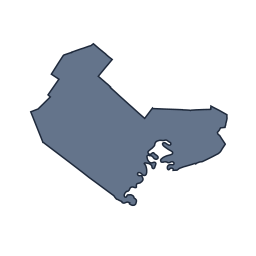 the district of Sutesti, Braila, Romania, rotated 193°
{"feature_id": "2599482B82719794647179", "entity_name": "Sutesti", "entity_type": "district", "adm_level": 2, "iso_a3": "ROU", "parent_name": "Romania", "parent_adm1": "Braila", "projection": "albers", "projection_center": [27.441, 45.228], "detail": "fine", "context": "isolated", "style": "filled", "palette": "slate", "viewbox_px": 256, "rotation_deg": 193, "n_neighbors": 0, "source": "geoboundaries", "source_scale": "gbopen_adm2", "svg_char_len": 5656}
<svg xmlns="http://www.w3.org/2000/svg" viewBox="0 0 256 256"><g transform="rotate(193 128 128)"><path d="M226.4,121.9L208.0,95.4L207.7,94.8L207.1,94.8L177.7,81.6L162.1,74.5L154.7,71.0L147.0,67.7L139.2,64.3L126.7,58.9L126.4,58.7L125.0,57.4L124.6,57.1L123.9,56.6L123.4,56.2L123.1,56.1L122.3,56.0L121.8,56.0L121.7,56.0L120.8,55.7L120.3,55.5L119.5,55.4L118.9,55.2L118.2,55.1L117.6,55.0L117.4,54.9L117.3,54.5L117.0,54.1L116.4,53.9L115.7,53.8L114.8,54.0L114.1,54.4L112.8,55.3L111.9,55.7L110.9,55.7L109.5,55.5L109.6,54.5L109.0,54.2L108.3,54.0L107.3,53.7L106.2,53.7L105.4,53.9L104.7,54.1L104.2,54.6L103.7,55.1L103.4,55.8L103.3,56.8L103.3,57.3L103.3,58.6L103.5,59.3L103.8,59.8L104.3,60.2L105.1,60.7L105.7,60.9L106.2,61.1L106.6,61.7L106.8,62.0L107.0,62.4L107.2,62.6L107.9,63.1L108.6,63.3L109.3,63.5L109.9,63.6L110.8,63.5L111.6,63.2L113.0,62.9L113.5,62.4L113.8,61.8L113.8,61.3L114.1,60.7L114.4,60.2L115.0,60.0L115.5,60.1L116.0,60.4L116.3,60.9L116.6,61.6L116.6,62.0L116.6,62.4L116.5,62.8L116.5,63.1L116.2,64.1L115.9,64.6L115.6,65.1L115.2,65.8L114.9,66.0L114.4,66.1L114.1,66.3L113.6,66.6L113.2,67.3L112.9,67.7L112.8,68.1L112.6,69.3L112.4,69.9L112.2,70.4L111.8,70.8L111.6,71.0L111.1,71.3L110.5,71.5L110.1,71.6L109.7,71.6L109.3,71.6L108.5,71.5L108.0,71.5L107.6,71.5L106.9,71.7L106.7,71.9L106.6,72.1L106.5,72.3L106.6,72.6L106.8,73.4L107.0,74.1L107.0,74.5L107.0,74.9L106.9,75.3L106.8,75.5L106.5,75.8L106.2,76.1L105.9,76.2L105.4,76.5L104.5,76.9L104.1,77.1L103.8,77.3L103.6,77.6L103.4,77.8L103.1,78.2L102.6,78.8L102.3,79.3L101.9,80.3L101.8,80.7L101.8,81.2L101.9,81.7L102.0,82.0L102.4,82.6L103.5,84.0L104.1,84.4L104.6,84.5L105.3,84.4L106.0,84.1L106.7,84.0L107.2,84.1L107.7,84.4L108.3,85.0L108.4,85.9L108.1,86.6L107.6,87.0L106.7,87.1L106.0,87.1L105.2,86.8L104.4,86.4L104.0,86.1L103.3,85.6L102.6,85.4L102.1,85.3L101.5,85.4L100.9,85.6L100.3,86.1L100.1,86.5L99.9,87.0L99.8,87.3L99.8,88.3L99.8,88.9L100.0,89.8L100.1,90.4L100.5,91.8L101.0,93.0L101.6,94.2L102.6,95.7L103.6,96.5L104.1,96.9L104.2,97.2L104.0,97.5L103.6,97.8L102.8,97.9L101.8,98.0L100.4,98.0L99.7,98.0L98.8,97.8L97.9,97.5L96.9,97.0L96.6,96.8L96.2,96.3L96.0,95.7L95.6,94.8L95.2,94.4L94.7,94.2L94.3,94.1L93.8,94.3L93.5,94.7L93.2,95.1L93.1,95.7L93.1,96.4L93.0,97.0L92.9,97.7L92.8,98.4L92.8,99.4L92.9,99.8L93.2,100.2L93.5,100.4L93.9,100.6L94.5,100.6L95.0,100.5L95.7,100.1L96.9,99.4L97.3,99.3L97.9,99.2L98.7,99.3L99.2,99.5L100.2,100.0L100.6,100.4L101.3,101.0L101.9,101.8L102.2,102.3L102.5,103.0L102.9,103.8L103.1,104.3L103.2,104.8L103.1,105.2L102.9,105.4L102.7,105.7L102.5,105.9L102.2,106.0L101.5,106.0L101.2,105.9L100.7,105.9L100.4,105.9L99.9,106.1L99.3,106.2L98.9,106.1L98.0,105.8L97.6,105.6L96.9,105.1L96.5,104.7L96.0,104.4L95.7,104.1L95.1,104.0L94.7,103.8L94.2,103.8L93.9,103.8L93.3,103.9L93.0,104.1L92.6,104.4L92.3,104.8L92.1,105.1L92.0,105.6L92.1,106.3L92.4,106.8L92.8,107.1L93.2,107.4L94.2,107.9L95.4,108.4L96.1,108.7L96.8,109.1L97.3,109.6L97.9,109.6L98.4,109.4L98.8,109.1L99.2,108.4L99.7,107.8L100.4,107.5L101.0,107.3L101.5,107.3L102.1,107.5L102.7,108.1L103.0,108.6L103.1,109.1L103.1,109.5L102.9,109.9L102.7,110.3L102.2,111.0L101.1,112.4L99.8,114.0L98.5,116.2L98.2,117.0L98.2,117.8L98.3,118.6L98.2,119.2L98.0,120.0L97.5,121.0L96.8,121.7L96.1,122.2L95.5,122.5L94.7,123.0L93.3,123.4L92.4,123.5L91.4,123.6L90.6,123.8L90.0,124.0L89.6,124.3L88.8,124.6L88.4,124.8L87.8,124.8L87.3,124.7L86.6,124.5L86.1,124.2L85.4,123.9L84.8,123.7L84.4,123.5L83.8,123.5L83.1,123.1L82.9,122.7L82.7,122.3L82.6,121.8L82.8,121.4L83.2,120.8L83.6,120.6L84.0,120.5L84.8,120.6L85.5,120.8L86.4,121.1L87.2,121.4L88.1,121.8L89.0,121.9L90.0,121.6L90.7,121.0L90.8,120.2L90.3,119.4L89.8,118.9L89.2,118.5L88.5,118.1L87.8,117.8L84.4,116.4L83.2,116.0L82.1,115.7L81.4,115.5L80.5,115.2L79.7,114.9L79.2,114.5L78.9,113.8L78.9,113.0L79.3,112.4L80.3,111.6L81.6,110.9L83.7,109.8L84.9,109.0L86.4,107.8L87.1,107.2L88.1,105.9L88.6,105.3L88.8,104.9L89.0,104.2L88.9,103.5L88.4,102.8L88.1,102.4L87.6,102.3L86.9,102.4L86.0,102.6L85.2,103.1L83.4,103.6L82.4,103.5L81.4,103.2L80.3,103.4L79.6,103.7L78.8,104.5L77.8,105.0L77.0,105.2L76.0,104.8L75.3,104.3L75.2,103.0L75.6,102.5L76.2,102.2L76.9,102.1L78.0,102.0L78.9,101.7L80.0,101.1L80.7,100.0L80.9,98.9L80.7,97.9L80.4,97.2L80.0,96.8L79.3,96.4L78.9,96.5L78.4,97.0L77.9,97.9L77.3,98.5L76.6,98.7L76.0,98.7L75.4,98.6L74.8,98.2L74.6,97.7L74.5,97.3L74.5,96.9L70.7,98.0L68.9,100.2L64.6,103.0L63.9,103.3L56.8,107.3L56.5,107.6L54.6,108.6L53.9,108.2L53.4,108.9L52.8,109.5L50.4,111.1L48.1,111.9L47.6,112.3L44.7,114.6L39.1,119.2L35.4,122.4L34.7,122.9L33.9,123.8L33.1,124.9L32.8,125.4L32.4,126.2L31.4,129.3L29.7,133.7L29.6,134.1L29.8,134.4L31.1,135.6L34.9,139.2L36.1,140.4L37.0,141.3L37.6,141.6L38.3,141.8L39.0,142.3L39.2,142.5L39.9,143.9L38.7,146.1L38.6,146.4L38.5,146.6L38.0,148.6L37.9,148.9L33.6,150.4L33.7,151.4L33.5,152.9L33.7,154.2L33.6,156.7L33.6,158.2L33.7,159.8L34.2,161.3L34.6,163.2L43.1,165.7L49.1,167.2L52.1,168.0L52.0,167.6L51.9,166.2L51.9,165.9L51.6,165.5L51.5,165.3L51.5,165.0L51.6,164.8L51.7,164.7L58.0,163.1L65.7,161.0L70.7,159.5L71.1,159.1L71.3,159.1L72.0,159.2L75.1,158.7L78.7,158.0L78.9,158.1L84.7,157.0L96.0,154.8L107.8,152.6L108.0,152.5L108.6,153.0L113.9,141.1L121.2,145.0L128.5,149.1L131.7,150.8L131.9,150.9L135.8,153.1L143.4,157.3L150.4,161.3L154.3,163.4L154.1,163.9L158.0,166.2L158.6,166.4L161.2,167.8L168.6,171.7L168.5,171.9L164.0,181.0L158.8,191.2L163.1,193.2L166.1,194.8L166.2,195.0L174.2,198.9L178.9,201.4L180.7,202.3L182.0,200.7L182.5,200.0L184.5,198.9L189.5,195.7L191.6,194.5L198.9,189.9L199.1,189.7L199.8,188.9L200.1,189.1L200.3,188.8L206.9,184.7L207.4,184.0L210.6,175.2L214.8,163.2L206.3,160.0L213.4,142.3L210.7,140.8L219.9,126.3L226.4,121.9Z" fill="#64748b" stroke="#1e293b" stroke-width="1.5"/></g></svg>